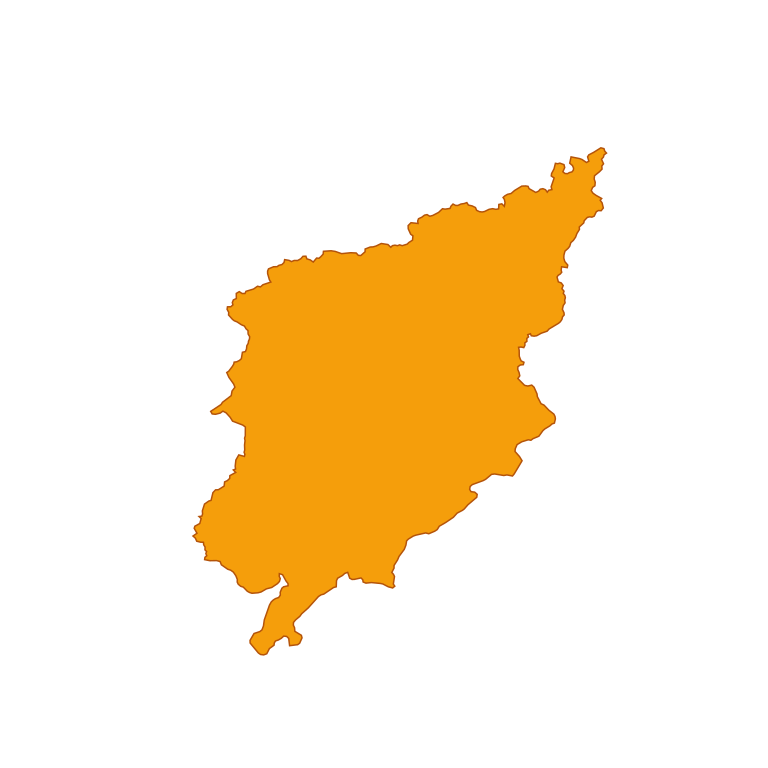 São Roque de Minas, Minas Gerais, Brazil (Natural Earth projection), rotated 290°
{"feature_id": "56859067B90207233852614", "entity_name": "São Roque de Minas", "entity_type": "district", "adm_level": 2, "iso_a3": "BRA", "parent_name": "Brazil", "parent_adm1": "Minas Gerais", "projection": "natural_earth1", "projection_center": [-46.507, -20.181], "detail": "fine", "context": "isolated", "style": "filled", "palette": "amber", "viewbox_px": 768, "rotation_deg": 290, "n_neighbors": 0, "source": "geoboundaries", "source_scale": "gbopen_adm2", "svg_char_len": 6152}
<svg xmlns="http://www.w3.org/2000/svg" viewBox="0 0 768 768"><g transform="rotate(290 384 384)"><path d="M576.7,387.3L574.0,386.1L571.6,386.0L569.2,381.6L568.7,379.0L563.9,376.6L559.0,372.1L557.3,369.6L557.9,366.5L556.5,364.3L553.7,362.5L551.1,359.9L548.7,359.9L546.5,361.1L544.8,354.2L541.1,352.5L538.1,353.7L533.9,357.8L533.1,360.5L528.9,361.6L525.4,358.9L523.4,358.0L520.2,353.8L520.1,351.1L518.6,349.4L518.2,346.8L516.9,344.6L514.8,343.6L516.4,340.0L515.1,333.4L510.9,329.3L509.1,326.8L508.0,324.2L504.4,320.1L501.8,321.0L496.8,318.3L496.1,315.9L497.6,313.1L496.0,307.9L492.0,299.6L491.9,292.8L491.1,288.7L488.0,281.7L485.2,282.4L482.1,281.1L479.9,279.9L479.3,277.6L474.4,275.8L475.4,272.2L475.2,268.7L477.4,266.9L476.3,264.2L473.3,263.0L470.5,260.6L469.4,257.4L467.4,255.2L467.7,252.5L466.9,248.1L464.0,248.5L461.4,247.3L459.5,244.6L457.7,243.4L456.4,240.1L452.7,236.1L450.3,236.0L447.9,236.9L442.7,240.7L441.1,242.8L435.9,236.3L433.0,234.7L432.6,231.7L428.6,228.9L423.9,222.6L421.5,222.4L420.5,219.7L421.3,216.4L418.6,214.2L413.8,216.0L411.5,213.7L408.6,213.6L406.7,215.0L404.2,213.6L403.0,210.5L400.5,211.0L398.2,213.6L395.7,214.3L392.9,219.5L392.2,221.7L392.1,224.7L390.9,229.7L390.7,233.0L388.6,235.6L387.7,237.9L384.5,239.2L382.5,241.6L380.1,242.2L377.9,242.0L375.8,242.5L373.0,242.0L369.9,242.8L367.1,242.7L365.4,240.1L359.0,241.3L356.7,240.1L354.5,238.0L353.3,235.7L351.3,236.0L348.7,235.5L342.9,233.7L341.0,232.3L337.2,236.0L332.5,242.8L330.0,245.0L325.4,243.6L320.8,244.4L311.6,238.5L309.0,237.9L299.0,230.5L297.1,232.8L297.9,236.0L300.6,240.0L303.4,241.9L302.9,245.5L300.1,250.8L297.3,254.4L297.1,265.3L296.2,268.4L287.8,271.4L285.4,271.5L283.2,272.8L279.0,273.8L274.3,275.7L272.0,275.9L270.4,277.3L268.2,277.6L267.7,271.8L261.9,270.8L255.8,272.3L253.3,273.6L251.7,271.8L250.2,274.9L245.2,270.5L242.5,271.3L239.6,269.8L237.5,267.7L233.4,268.7L228.0,264.5L226.9,261.9L223.4,260.4L215.5,261.3L214.1,259.4L209.8,256.4L202.6,256.7L199.8,258.0L197.5,258.0L196.2,255.5L195.0,258.2L189.9,258.6L185.7,254.9L183.5,255.0L179.8,259.3L175.8,256.5L174.6,259.5L172.2,261.8L172.6,265.6L173.5,268.5L171.3,269.5L169.6,271.6L166.9,272.5L165.9,274.6L163.7,274.6L162.0,276.2L159.9,275.0L157.6,275.5L158.4,280.8L160.8,287.1L161.1,290.7L158.5,293.0L156.5,300.5L156.6,303.6L155.7,306.8L153.2,310.3L150.2,313.0L147.7,313.8L146.0,315.5L144.9,318.5L145.0,321.3L142.5,326.4L142.1,328.9L142.2,331.5L144.7,337.0L146.5,339.6L151.3,343.6L154.4,348.1L160.0,352.2L162.7,353.3L165.6,353.1L167.5,351.3L170.0,350.5L170.1,353.9L165.3,359.4L163.7,362.0L161.6,362.9L159.1,359.0L157.2,357.9L152.8,357.7L150.1,358.8L147.3,358.0L145.2,355.4L143.1,353.8L140.7,352.6L137.1,352.0L121.4,352.2L115.3,353.5L111.2,353.4L108.9,352.0L105.1,347.2L97.3,345.8L94.8,346.8L88.3,357.9L87.6,360.5L88.3,363.6L90.4,366.1L96.2,366.8L100.9,370.0L103.1,369.5L105.4,369.9L107.3,372.3L109.8,374.4L112.8,376.0L113.5,378.9L112.3,381.5L105.8,384.8L109.5,392.0L111.6,393.4L117.4,393.8L119.6,392.3L121.1,384.8L124.4,383.3L126.4,381.3L129.0,380.5L132.1,381.6L137.0,384.4L139.9,385.2L147.7,389.4L161.9,395.1L164.4,397.0L166.0,399.3L175.5,406.2L177.1,408.5L183.0,406.6L185.7,406.9L189.9,410.5L192.6,411.9L194.6,414.3L189.8,418.2L189.4,420.8L190.3,423.0L193.9,428.7L192.8,431.0L190.8,432.1L190.7,435.1L193.1,440.1L195.3,448.6L195.7,451.2L194.9,457.4L195.3,461.9L197.7,463.3L199.2,461.2L206.7,459.7L208.4,458.0L209.6,455.8L214.4,456.4L216.9,455.5L223.3,456.9L227.1,457.1L235.6,459.6L240.1,459.7L244.4,458.9L246.7,460.0L251.1,463.5L252.9,465.7L258.3,474.1L258.6,477.3L263.0,482.0L265.4,483.8L269.3,484.6L274.9,489.3L282.5,494.8L287.7,496.9L292.2,501.0L294.1,502.2L299.1,504.1L309.3,509.9L312.2,509.3L313.4,506.2L312.6,502.6L314.3,500.5L317.2,500.0L319.7,501.4L327.1,510.2L329.2,512.1L335.9,516.0L337.3,518.8L339.0,527.9L340.6,530.6L341.5,536.2L344.0,537.1L359.1,540.0L362.2,536.1L365.4,530.2L368.1,529.5L372.6,529.8L376.8,533.2L380.9,538.6L381.4,541.3L383.6,542.7L387.9,547.4L394.6,549.3L396.8,550.5L401.4,554.2L404.0,555.6L405.5,557.5L409.8,557.0L412.0,555.8L413.8,553.9L415.8,547.8L418.9,541.6L419.2,538.3L424.6,532.4L427.0,531.2L432.3,526.1L433.5,523.2L431.3,519.9L430.8,516.6L434.9,507.9L438.1,508.8L441.0,507.0L443.4,504.7L446.0,503.9L448.5,505.6L449.8,508.3L452.3,508.1L452.6,505.0L454.2,503.4L456.4,501.6L461.9,499.5L464.5,497.9L465.6,500.1L466.0,502.9L468.5,503.2L470.9,502.3L472.9,503.7L475.7,502.6L477.7,503.7L479.5,502.2L481.3,504.4L479.7,505.9L480.3,508.7L481.6,511.0L485.5,514.4L489.4,519.2L492.3,520.4L500.8,527.3L502.8,528.4L505.5,529.1L508.2,528.8L510.5,529.7L512.5,528.8L515.2,526.1L519.1,525.6L522.2,526.4L524.6,525.1L527.1,524.9L529.0,523.7L530.4,521.5L532.8,521.4L534.4,518.6L537.8,518.7L539.6,516.0L539.6,512.9L543.7,510.0L545.7,510.5L547.6,512.0L549.8,512.8L551.6,511.5L554.9,510.8L556.0,516.4L558.6,516.0L560.9,512.0L563.8,509.9L566.6,509.0L570.7,508.6L574.4,510.6L576.9,511.4L580.7,511.2L583.7,512.8L587.5,513.8L591.3,513.8L596.1,514.8L598.3,513.8L603.7,516.6L605.9,516.3L610.1,518.1L611.4,520.0L611.9,522.3L613.6,524.1L618.5,524.6L620.3,526.1L621.1,528.8L624.4,529.9L628.8,527.0L630.6,524.3L632.8,525.1L633.8,518.7L634.8,515.1L636.6,512.6L640.1,512.8L642.4,514.4L645.8,513.5L648.5,511.4L651.7,510.6L657.0,513.8L660.5,515.4L663.4,514.1L666.0,515.0L669.6,511.5L672.3,512.6L674.6,512.4L677.1,514.1L678.3,511.8L680.4,510.2L680.1,507.0L673.3,501.7L669.4,498.1L667.1,497.6L663.4,500.3L661.4,498.5L662.7,493.3L662.7,490.5L661.4,482.1L655.0,483.0L653.7,486.4L651.7,488.3L649.6,488.8L647.5,488.0L646.1,485.9L644.4,484.5L643.7,482.0L644.6,479.5L649.2,479.8L651.7,478.1L651.7,473.7L650.4,471.9L650.0,469.6L644.3,470.2L639.1,469.5L636.7,470.0L635.8,473.4L626.5,473.6L624.1,475.3L622.4,472.5L620.1,471.8L621.8,469.3L621.9,466.5L620.5,464.2L618.1,463.3L615.9,461.1L617.2,453.5L619.0,451.8L618.6,449.5L617.1,445.8L610.5,440.5L606.5,438.3L604.5,435.2L602.1,433.2L600.0,432.1L598.6,434.0L595.8,435.7L592.1,436.3L593.6,433.1L592.0,430.5L587.8,431.8L586.4,429.4L585.9,426.1L584.1,423.0L580.5,419.5L579.2,417.4L578.6,414.7L578.9,411.6L581.1,409.6L581.5,405.9L581.0,402.1L582.8,399.8L581.0,397.6L579.4,394.7L577.1,392.4L576.3,390.2L576.7,387.3Z" fill="#f59e0b" stroke="#b45309" stroke-width="1.5"/></g></svg>